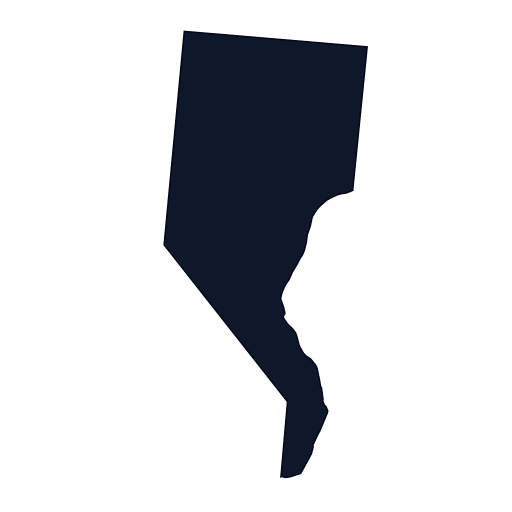 Pope, Illinois, United States of America (Equal Earth projection), rotated 5°
{"feature_id": "52423323B18318223165112", "entity_name": "Pope", "entity_type": "district", "adm_level": 2, "iso_a3": "USA", "parent_name": "United States of America", "parent_adm1": "Illinois", "projection": "equal_earth", "projection_center": [-88.477, 37.334], "detail": "fine", "context": "isolated", "style": "filled", "palette": "ink", "viewbox_px": 512, "rotation_deg": 5, "n_neighbors": 0, "source": "geoboundaries", "source_scale": "gbopen_adm2", "svg_char_len": 946}
<svg xmlns="http://www.w3.org/2000/svg" viewBox="0 0 512 512"><g transform="rotate(5 256 256)"><path d="M165.0,38.5L163.5,252.9L300.1,398.4L300.1,473.5L300.2,473.4L304.7,474.0L308.9,473.1L319.5,468.6L328.4,448.2L329.6,440.7L329.1,440.1L329.1,439.5L333.9,426.5L334.6,425.4L340.7,406.2L341.0,404.1L338.7,399.7L337.5,399.0L336.6,397.7L335.1,394.6L335.3,393.1L332.7,381.5L331.6,380.1L330.1,374.1L326.5,362.2L324.7,359.3L319.6,354.0L314.5,351.2L311.6,348.6L307.6,342.8L306.6,340.9L303.4,331.7L302.0,329.0L298.8,325.4L293.6,321.2L289.1,315.8L288.3,314.2L289.8,310.5L288.1,305.0L284.2,296.3L285.0,290.6L286.9,284.4L288.7,280.5L290.9,276.8L293.7,268.6L297.7,260.5L300.1,254.5L302.2,250.8L303.7,245.9L304.9,238.3L305.2,230.3L307.4,221.8L308.6,212.1L312.5,204.4L315.2,200.9L321.3,194.4L325.0,191.8L331.7,187.9L335.5,186.5L339.9,185.5L344.5,183.4L346.8,182.0L346.6,181.0L348.5,38.0L165.0,38.5Z" fill="#0f172a" stroke="#020617" stroke-width="1.5"/></g></svg>